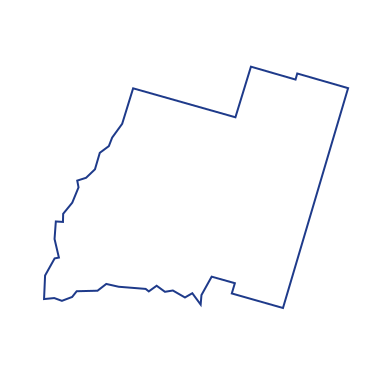 the district of Pike, Arkansas, United States of America, rotated 105°
{"feature_id": "52423323B99086550227942", "entity_name": "Pike", "entity_type": "district", "adm_level": 2, "iso_a3": "USA", "parent_name": "United States of America", "parent_adm1": "Arkansas", "projection": "albers", "projection_center": [-93.566, 34.147], "detail": "fine", "context": "isolated", "style": "outline", "palette": "blue", "viewbox_px": 384, "rotation_deg": 105, "n_neighbors": 0, "source": "geoboundaries", "source_scale": "gbopen_adm2", "svg_char_len": 686}
<svg xmlns="http://www.w3.org/2000/svg" viewBox="0 0 384 384"><g transform="rotate(105 192 192)"><path d="M51.3,68.1L50.3,121.0L56.6,121.1L55.7,167.5L108.6,169.4L107.1,275.7L144.2,277.1L160.1,283.2L169.2,284.2L178.0,291.2L195.2,291.6L205.7,298.0L210.7,305.8L216.9,302.8L233.3,304.9L246.4,310.8L254.3,308.9L255.7,315.9L273.0,312.6L289.8,303.6L291.7,307.5L310.7,312.3L333.7,307.2L330.1,297.6L330.8,289.5L324.4,280.6L317.7,277.7L311.8,257.7L303.0,251.0L302.5,238.3L297.6,211.7L299.2,208.0L291.7,201.9L295.4,192.3L292.1,185.0L295.7,171.5L289.7,165.5L298.5,154.5L289.1,156.2L268.7,151.1L269.0,127.0L279.7,127.3L280.5,74.1L51.3,68.1Z" fill="none" stroke="#1e3a8a" stroke-width="2"/></g></svg>